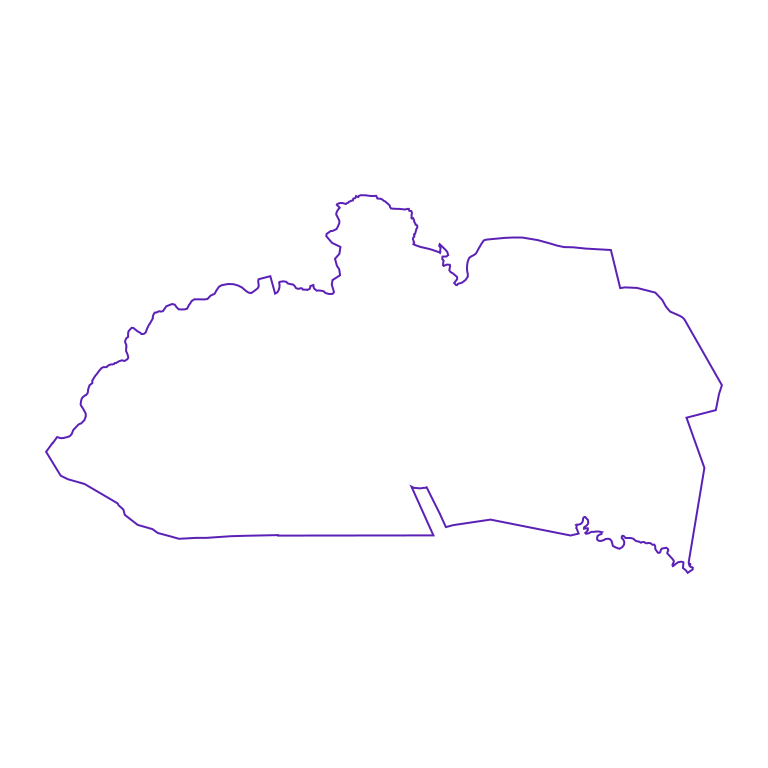 outline of Kota Padang Panjang, Sumatera Barat, Indonesia
{"feature_id": "22746128B34977061629525", "entity_name": "Kota Padang Panjang", "entity_type": "district", "adm_level": 2, "iso_a3": "IDN", "parent_name": "Indonesia", "parent_adm1": "Sumatera Barat", "projection": "orthographic", "projection_center": [100.402, -0.47], "detail": "fine", "context": "isolated", "style": "outline", "palette": "violet", "viewbox_px": 768, "rotation_deg": 0, "n_neighbors": 0, "source": "geoboundaries", "source_scale": "gbopen_adm2", "svg_char_len": 6078}
<svg xmlns="http://www.w3.org/2000/svg" viewBox="0 0 768 768"><path d="M152.9,318.3L149.7,323.9L149.1,324.5L147.2,328.4L145.8,332.2L144.6,333.4L143.7,333.9L142.0,334.1L141.2,333.9L140.2,332.7L137.8,331.5L133.4,328.0L131.6,327.8L128.6,331.1L128.1,333.1L128.1,336.9L126.5,338.1L125.8,339.2L125.1,341.4L125.2,342.4L126.4,345.1L126.2,346.2L126.5,347.2L126.1,348.4L126.1,351.2L127.2,353.5L128.2,356.7L128.1,358.1L127.2,359.3L124.8,360.9L123.7,360.9L122.9,360.5L122.0,360.3L119.7,361.0L118.4,361.6L116.1,363.0L115.0,363.0L114.4,363.4L114.0,364.1L112.5,364.4L111.2,364.4L109.4,364.9L107.4,366.1L106.6,367.1L103.6,367.1L101.7,367.9L98.9,371.1L97.0,373.8L95.2,375.9L92.3,380.6L92.3,383.2L89.6,385.1L88.1,389.5L88.0,391.1L87.7,392.9L87.2,393.8L85.9,395.2L85.0,395.4L82.4,397.5L81.5,399.3L81.1,400.9L80.6,404.3L81.3,406.1L82.4,407.5L85.7,413.5L85.8,416.4L84.4,420.1L81.2,423.4L79.3,424.0L77.9,425.1L73.3,430.0L71.6,434.2L69.8,436.1L68.2,436.8L63.5,438.0L60.9,438.2L57.1,437.1L52.9,443.0L52.6,442.9L46.1,451.8L60.7,475.7L67.8,479.2L84.6,484.0L117.8,503.5L118.5,505.2L123.4,509.6L124.8,514.9L137.7,524.9L152.4,529.1L157.8,533.0L170.2,536.3L179.0,538.8L195.6,537.9L206.0,537.9L230.9,536.2L244.5,535.8L278.1,535.1L278.1,535.6L278.5,535.6L433.4,535.4L411.5,486.7L413.7,487.8L420.5,488.4L423.1,487.9L425.0,487.9L426.6,487.3L439.8,513.7L445.9,527.1L453.3,525.1L490.5,519.6L570.6,535.5L578.6,533.6L576.9,529.1L576.2,528.0L576.6,527.1L576.6,525.7L576.0,525.0L576.5,524.7L577.8,524.7L579.7,524.3L581.0,523.7L582.2,522.5L582.9,520.7L583.1,518.6L583.3,518.0L583.9,517.3L584.6,517.0L585.2,517.0L585.7,517.5L588.0,520.1L588.2,521.6L588.2,523.4L587.1,525.1L585.6,526.3L584.4,527.1L584.0,527.8L584.0,528.7L587.7,528.2L587.9,528.8L587.9,530.0L586.4,532.0L585.3,532.9L586.1,533.8L588.6,533.3L591.3,531.9L593.8,531.9L595.7,531.5L598.8,531.5L601.9,532.2L601.5,532.5L601.5,534.0L599.2,534.8L597.7,535.9L597.1,537.7L597.2,539.6L598.5,540.7L600.9,541.0L604.3,539.9L605.2,539.1L607.3,538.8L608.5,538.8L609.9,539.1L611.8,541.3L611.8,542.2L612.5,544.2L612.7,545.3L613.0,546.0L615.4,547.3L619.4,548.8L622.3,547.1L624.0,544.7L624.3,542.0L623.5,539.9L622.6,538.8L621.8,538.3L621.8,536.8L622.3,535.9L623.5,535.9L624.4,536.7L625.5,538.0L630.5,538.0L632.7,538.5L634.1,539.3L635.3,540.6L636.7,541.2L639.3,541.7L640.9,542.7L642.1,542.1L643.3,542.0L644.4,542.2L645.6,543.1L646.7,543.3L648.5,543.0L650.6,543.2L651.9,544.4L652.9,544.8L654.3,544.6L655.2,546.3L655.3,549.1L657.8,552.6L659.1,552.9L660.1,552.3L661.0,549.6L662.1,548.5L666.3,547.8L667.9,549.0L668.3,550.3L667.3,552.5L667.4,553.5L672.7,559.2L673.8,560.9L673.8,561.7L672.4,565.1L672.8,566.1L673.5,565.8L675.7,563.9L678.3,562.2L681.0,561.7L683.1,562.1L683.5,562.9L683.0,566.9L683.0,568.0L686.0,570.5L687.7,572.8L692.7,569.4L692.7,568.1L692.8,567.8L692.2,567.2L690.8,567.0L689.7,566.1L689.5,565.6L690.0,565.3L690.3,564.5L690.3,564.0L689.4,563.5L688.9,563.7L688.7,562.2L704.4,467.9L686.5,417.7L715.8,410.1L719.0,394.1L721.9,385.2L684.3,319.2L682.2,317.2L679.7,315.8L671.1,312.0L670.7,312.0L668.7,310.0L665.9,306.6L662.2,299.9L655.3,292.6L636.9,287.9L624.9,287.4L620.2,288.1L610.9,250.0L585.9,248.6L573.1,247.3L564.1,247.1L557.1,245.6L549.8,243.4L537.8,240.1L522.0,237.5L513.4,237.5L504.6,237.9L487.5,239.5L485.7,239.8L483.8,240.4L481.7,243.4L477.9,249.9L476.0,253.5L474.0,255.0L471.4,256.3L469.4,257.7L468.2,260.2L467.7,261.8L467.3,263.7L467.1,265.8L467.0,269.6L467.3,271.9L467.8,273.9L467.8,276.7L465.5,280.0L462.1,282.6L458.1,283.8L456.8,285.2L456.5,285.8L456.5,285.5L454.2,283.0L457.1,279.2L457.1,277.0L453.1,273.5L450.5,272.0L449.3,270.2L450.1,266.2L449.8,264.8L446.8,264.6L443.7,265.9L443.0,265.2L443.3,262.2L443.6,260.6L442.2,258.9L442.5,256.6L446.3,256.5L448.2,255.1L447.2,251.8L445.2,249.5L439.7,244.2L439.3,245.2L439.3,246.1L440.4,247.4L440.5,248.6L440.2,250.2L440.2,250.9L440.4,251.8L440.0,252.9L439.3,252.3L437.6,251.7L431.2,249.5L426.9,248.4L420.3,246.9L416.6,245.6L414.5,244.8L413.4,244.2L414.2,243.0L414.1,242.3L413.6,241.9L413.5,240.5L412.9,239.1L413.1,238.1L413.4,237.4L414.3,236.7L414.4,235.9L413.9,234.7L414.3,234.1L415.1,233.8L416.5,228.6L417.1,228.0L417.4,226.9L417.0,225.3L416.3,225.1L415.5,224.6L415.5,223.8L414.3,222.1L414.1,220.2L413.6,219.5L413.2,218.2L412.1,218.5L411.4,217.9L411.7,216.5L411.5,215.4L412.0,213.0L411.3,211.1L409.3,210.8L408.8,208.9L407.4,208.9L405.1,209.5L399.4,208.9L396.3,208.9L391.1,208.5L390.0,207.0L389.6,205.3L385.1,201.4L383.9,200.9L382.2,199.5L380.8,198.8L377.4,198.5L376.2,195.9L372.0,196.0L369.9,195.9L365.6,195.3L360.7,195.2L358.9,195.9L358.6,196.7L358.1,197.1L356.1,196.1L355.3,198.1L353.3,198.6L352.9,200.4L351.2,200.8L348.8,201.9L348.3,202.7L347.2,203.0L345.8,204.0L342.8,203.1L340.2,203.0L337.4,203.9L336.8,204.8L337.8,205.9L338.6,206.5L339.7,207.8L338.7,208.8L336.8,211.7L336.3,213.6L336.2,214.5L338.1,218.1L339.3,220.7L339.4,221.6L339.2,223.4L337.6,227.1L336.6,229.0L332.7,230.9L330.6,231.1L326.8,233.8L326.5,234.2L326.3,236.2L332.1,242.9L340.4,246.9L339.4,253.8L335.0,258.8L336.9,265.8L339.2,269.2L340.1,275.2L332.5,280.1L331.8,284.7L333.9,291.7L333.8,292.6L332.4,293.9L329.1,294.0L325.4,293.0L323.6,291.2L319.8,290.5L318.3,290.5L316.7,290.7L315.2,289.3L314.6,289.1L313.7,287.6L313.5,286.6L313.5,285.3L313.4,285.0L310.3,286.1L310.2,287.7L309.7,288.8L307.3,290.0L306.8,289.7L302.8,289.6L302.0,288.4L300.7,288.2L298.9,288.8L297.5,288.7L295.9,288.0L294.9,286.3L293.9,285.2L292.6,284.3L291.2,284.3L287.6,283.4L287.5,283.0L286.2,281.8L283.3,281.3L279.6,281.9L279.1,282.9L279.6,284.9L279.4,287.6L278.8,289.7L278.0,291.3L277.1,292.5L275.1,293.6L270.3,276.2L258.7,279.2L258.2,280.7L258.3,282.4L258.6,284.3L258.7,286.4L257.7,288.3L254.1,291.1L251.2,293.1L248.6,292.6L246.3,291.2L242.0,287.5L238.0,285.5L233.6,284.2L228.0,284.0L221.7,285.2L219.0,286.7L216.4,290.5L214.6,293.8L210.5,295.7L207.5,299.0L204.6,299.4L194.3,299.3L191.6,301.1L190.0,303.7L189.0,305.0L187.1,308.7L185.1,309.3L182.4,309.5L178.6,309.3L176.5,307.1L174.8,304.7L172.2,304.0L166.3,306.3L162.9,311.2L160.8,311.6L159.6,311.2L157.5,311.9L156.3,312.6L154.6,312.6L153.4,314.8L152.7,317.3L152.9,318.3Z" fill="none" stroke="#5b21b6" stroke-width="2"/></svg>